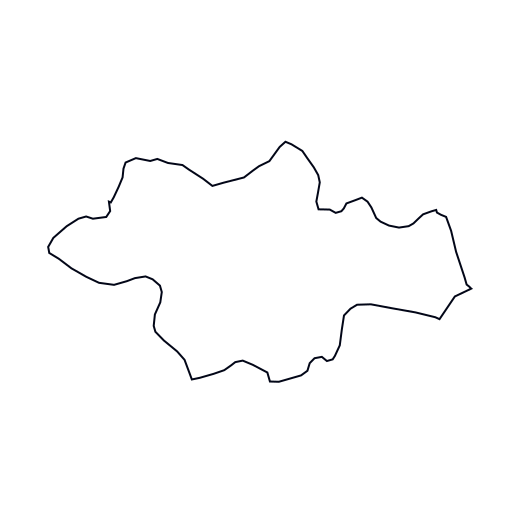 the Statistical Region of Strumitsa, rotated 344°
{"feature_id": "MKD-2993", "entity_name": "Strumitsa", "entity_type": "Statistical Region", "adm_level": 1, "iso_a3": "MKD", "parent_name": "North Macedonia", "parent_adm1": "", "projection": "natural_earth1", "projection_center": [22.63, 41.401], "detail": "fine", "context": "isolated", "style": "outline", "palette": "ink", "viewbox_px": 512, "rotation_deg": 344, "n_neighbors": 0, "source": "natural_earth", "source_scale": "10m", "svg_char_len": 1620}
<svg xmlns="http://www.w3.org/2000/svg" viewBox="0 0 512 512"><g transform="rotate(344 256 256)"><path d="M453.9,346.7L436.0,349.7L415.0,367.3L411.5,364.3L393.8,354.2L371.9,343.5L353.1,334.1L339.7,330.7L332.3,332.7L324.2,337.4L318.3,350.2L311.9,365.0L304.3,373.8L301.2,376.5L295.2,376.5L291.5,371.1L284.1,370.4L278.1,373.8L273.8,380.5L266.4,383.2L256.1,383.2L243.3,383.2L234.8,380.5L234.8,371.1L222.9,359.7L214.4,352.9L206.8,352.3L202.1,354.2L194.0,357.0L182.7,357.6L168.3,357.6L160.3,357.0L159.8,350.2L158.7,336.1L153.9,326.0L144.2,311.9L138.4,301.1L138.4,295.0L142.7,284.3L151.2,274.2L155.5,264.7L155.5,258.0L150.2,249.9L144.2,245.2L133.5,243.9L125.0,244.6L111.6,244.6L97.7,238.5L87.0,229.1L75.2,217.0L65.6,204.2L58.1,196.1L58.5,192.4L58.7,190.0L66.2,182.7L82.2,175.2L95.6,171.2L103.6,171.2L109.5,175.2L122.8,177.2L128.2,172.6L129.6,163.2L131.2,164.5L135.4,160.4L143.0,151.7L149.4,143.7L152.7,135.5L156.4,130.2L167.5,128.8L180.5,135.5L187.9,135.5L197.0,142.3L210.4,148.3L215.3,154.4L226.4,167.1L233.4,176.6L245.2,176.6L266.1,177.2L276.2,173.2L283.7,170.5L295.0,168.5L308.8,157.7L315.8,154.3L320.9,158.4L329.5,167.8L332.2,175.9L336.0,186.7L338.1,195.4L337.6,202.8L332.7,212.9L329.0,220.3L329.0,228.4L333.3,229.7L339.7,231.7L344.5,236.5L350.4,236.5L353.5,234.5L357.4,230.4L366.9,229.7L373.9,229.1L378.2,234.5L380.3,241.2L382.0,252.6L385.2,257.3L392.2,263.4L401.3,268.1L411.0,269.4L416.3,268.1L422.7,264.7L428.1,262.0L437.1,261.4L441.9,261.4L441.9,264.1L445.2,267.4L449.5,270.8L450.5,285.6L449.5,307.1L450.6,334.1L450.6,341.5L452.6,344.3L453.7,346.4L453.9,346.7Z" fill="none" stroke="#020617" stroke-width="2"/></g></svg>